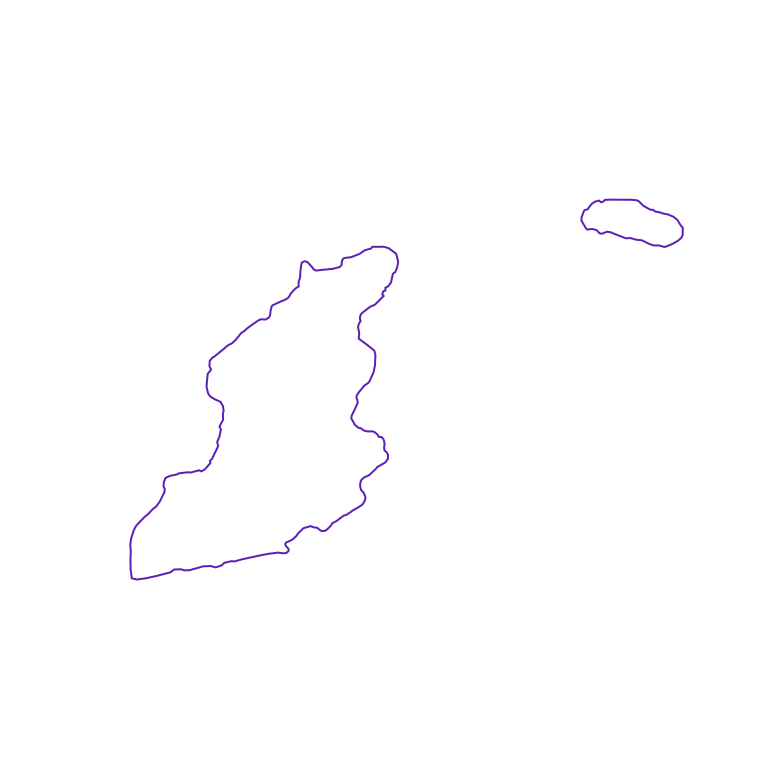 the district of Tinian, Tinian, Northern Mariana Islands, rotated 216°
{"feature_id": "39175420B24162802066299", "entity_name": "Tinian", "entity_type": "district", "adm_level": 2, "iso_a3": "MNP", "parent_name": "Northern Mariana Islands", "parent_adm1": "Tinian", "projection": "albers", "projection_center": [145.616, 14.971], "detail": "fine", "context": "isolated", "style": "outline", "palette": "violet", "viewbox_px": 768, "rotation_deg": 216, "n_neighbors": 0, "source": "geoboundaries", "source_scale": "gbopen_adm2", "svg_char_len": 4359}
<svg xmlns="http://www.w3.org/2000/svg" viewBox="0 0 768 768"><g transform="rotate(216 384 384)"><path d="M330.6,274.4L331.0,278.3L332.1,281.0L333.7,282.4L334.8,283.0L336.8,284.1L339.9,284.7L342.6,286.6L344.4,288.9L345.6,291.4L345.9,293.5L345.2,296.7L342.4,301.6L340.8,310.1L340.6,312.9L336.8,321.4L336.8,325.5L339.0,329.0L341.6,330.2L344.6,330.6L346.6,332.7L348.0,335.4L349.9,337.5L352.3,339.2L355.0,339.6L355.7,339.1L357.3,338.2L359.5,339.3L363.4,339.5L365.4,339.0L366.7,338.0L369.4,336.0L372.3,334.7L377.3,334.5L378.6,333.6L383.3,333.8L390.0,336.8L391.5,339.1L392.1,342.7L392.4,344.4L393.5,350.2L394.4,353.6L396.2,355.4L398.1,356.6L399.3,358.6L399.5,363.1L399.3,365.8L398.9,371.3L398.0,373.9L397.4,375.5L397.3,377.6L397.7,379.6L399.3,387.2L400.6,390.1L402.2,393.7L408.0,402.4L411.4,405.3L421.7,405.8L422.1,405.8L431.1,405.8L433.8,410.4L438.6,415.0L439.7,417.9L440.0,421.3L441.5,422.4L442.7,423.8L443.1,425.2L443.6,426.2L443.4,428.9L440.5,438.6L438.0,442.7L436.0,455.0L438.0,455.4L439.1,458.4L437.8,460.5L439.4,462.6L438.0,465.8L438.0,470.2L441.6,478.4L440.7,481.2L441.8,485.8L444.3,491.1L449.0,495.2L449.4,495.5L451.4,496.6L460.1,496.6L462.9,495.6L465.0,494.8L474.1,488.1L474.1,486.0L478.1,481.0L480.3,474.8L485.2,467.2L489.9,462.8L490.7,461.5L490.5,459.8L489.9,457.9L488.3,455.4L488.5,452.8L489.1,451.9L489.7,451.2L492.8,447.5L493.4,446.7L495.4,445.2L497.4,443.2L498.9,442.0L499.4,441.6L501.3,439.8L504.8,436.6L505.7,435.9L506.5,435.6L507.3,435.4L508.0,435.4L509.2,435.6L510.0,436.1L517.9,437.7L519.8,436.8L520.7,436.4L521.7,433.8L521.0,431.7L517.9,426.1L517.7,425.7L514.5,420.9L513.1,416.3L510.5,413.0L510.3,412.8L510.4,412.6L511.5,410.1L512.1,407.0L512.6,402.4L512.1,398.4L512.6,396.1L513.8,393.7L515.2,391.4L517.4,387.6L520.3,382.4L520.6,380.9L520.0,379.6L519.5,378.2L518.7,376.4L517.6,374.6L517.5,374.4L516.4,372.2L516.2,370.1L517.0,368.1L517.9,366.4L519.6,365.3L521.7,364.0L523.3,360.9L524.9,356.3L526.3,352.0L527.4,348.6L528.2,344.7L529.5,341.2L529.9,332.6L531.0,327.3L532.2,325.2L533.0,323.3L533.7,320.7L534.6,316.7L535.2,314.7L537.5,306.1L538.3,304.8L538.6,300.4L535.7,295.8L532.3,293.9L532.6,288.6L526.1,277.6L520.8,273.0L517.4,271.8L512.3,272.1L505.9,273.5L501.2,271.4L497.9,267.9L497.0,265.4L493.2,260.6L492.1,253.0L489.2,251.3L486.1,244.4L485.5,241.6L484.9,239.1L481.6,236.1L479.2,222.6L479.6,219.3L478.0,218.0L478.7,209.9L480.3,206.0L482.9,205.5L488.3,198.8L490.7,197.4L497.6,191.0L498.1,189.4L503.1,183.9L505.5,179.7L504.5,175.4L502.5,171.9L499.5,170.0L498.1,167.5L496.3,157.1L496.3,150.5L497.4,147.7L498.3,140.8L499.8,134.3L501.2,123.7L500.5,118.7L497.8,110.4L494.7,104.6L490.9,100.3L485.4,92.2L479.8,84.8L473.8,78.6L469.1,80.5L466.2,83.3L462.9,86.4L455.6,94.5L451.6,99.4L446.2,106.0L444.7,110.6L439.3,114.8L438.6,115.0L436.7,115.7L436.0,115.9L431.8,119.1L429.2,122.5L427.9,124.1L423.1,130.2L417.3,134.8L412.4,136.7L408.9,141.5L408.0,145.6L403.1,151.2L400.9,152.3L396.0,158.5L385.3,170.5L385.2,170.6L377.9,178.5L374.1,182.0L370.7,185.3L367.5,186.9L365.1,188.6L364.0,189.5L363.5,190.8L363.1,192.5L363.7,194.0L365.7,194.9L367.5,195.1L368.2,195.4L368.7,195.6L369.8,196.4L370.0,198.3L368.8,200.2L366.6,204.4L365.5,209.9L365.7,212.7L364.4,220.0L360.9,224.5L360.3,225.4L359.9,225.8L356.3,226.9L356.2,226.9L353.5,228.4L350.5,228.2L347.9,228.4L345.6,230.3L344.5,233.0L343.8,237.8L343.9,241.2L342.1,244.7L339.2,253.9L337.5,256.0L335.7,260.8L334.8,263.9L333.2,267.0L331.9,270.1L331.1,272.1L330.6,274.4ZM229.4,677.2L230.1,680.4L234.3,686.2L237.0,686.6L243.0,689.2L248.1,689.4L249.5,689.1L253.7,688.2L257.0,686.6L259.6,685.6L261.7,685.0L264.2,683.8L265.3,683.3L266.2,682.9L267.4,683.1L269.1,682.9L270.3,681.9L271.9,681.4L275.6,681.0L278.7,680.6L285.3,681.6L287.0,681.3L287.3,681.3L292.4,678.3L308.9,666.4L313.4,662.9L313.7,661.4L314.2,659.8L314.8,659.1L314.9,658.8L315.5,658.6L316.5,658.6L317.3,658.8L317.8,658.8L320.5,655.6L321.8,651.9L322.1,646.6L321.8,645.6L322.2,644.8L322.4,644.2L323.2,643.5L323.8,642.8L324.0,641.8L322.1,634.8L320.1,632.1L312.2,628.7L310.3,628.4L308.9,629.8L306.7,631.8L302.7,633.4L301.0,633.2L298.4,632.6L296.7,633.2L295.4,634.6L293.7,637.4L293.1,638.3L292.7,638.5L292.4,638.6L290.0,639.9L285.1,641.1L274.0,644.0L270.6,646.8L264.6,649.1L259.7,651.9L251.7,653.2L247.3,654.6L244.8,656.4L243.2,657.6L239.5,659.0L238.2,659.5L237.0,660.3L233.0,666.8L230.3,672.8L229.4,677.2Z" fill="none" stroke="#5b21b6" stroke-width="2"/></g></svg>